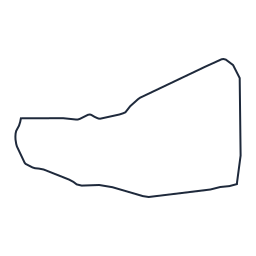 an SVG outline of Pathum Thani
{"feature_id": "THA-413", "entity_name": "Pathum Thani", "entity_type": "Province", "adm_level": 1, "iso_a3": "THA", "parent_name": "Thailand", "parent_adm1": "", "projection": "orthographic", "projection_center": [100.58, 14.09], "detail": "fine", "context": "isolated", "style": "outline", "palette": "slate", "viewbox_px": 256, "rotation_deg": 0, "n_neighbors": 0, "source": "natural_earth", "source_scale": "10m", "svg_char_len": 724}
<svg xmlns="http://www.w3.org/2000/svg" viewBox="0 0 256 256"><path d="M223.4,59.0L225.8,59.6L233.1,65.1L239.7,78.1L240.6,155.6L237.1,181.9L236.9,184.1L229.4,186.1L220.3,187.0L210.4,189.5L148.7,197.0L142.8,196.1L112.4,187.2L99.2,185.0L81.7,185.6L76.7,184.4L73.4,181.9L69.1,179.6L43.6,169.5L39.0,168.6L34.9,168.2L32.4,167.4L25.6,163.9L24.6,162.7L16.9,146.4L16.2,143.9L15.5,139.5L15.4,136.6L15.6,133.5L16.2,130.9L19.0,125.7L20.2,121.9L20.9,118.3L63.2,118.2L75.7,119.5L77.9,119.5L79.8,118.9L88.0,114.8L89.9,114.5L91.3,114.9L94.5,116.8L97.3,118.1L98.7,118.6L100.2,118.7L119.4,114.5L123.1,113.3L125.4,112.3L130.2,106.2L138.0,99.2L140.1,97.7L204.8,66.9L221.5,59.3L223.4,59.0Z" fill="none" stroke="#1e293b" stroke-width="2"/></svg>